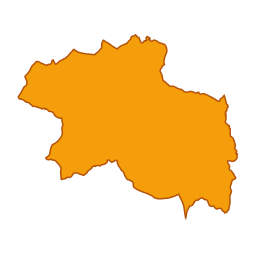 outline of Lolotoe, Bobonaro, East Timor, rotated 177°
{"feature_id": "22284137B16004980931012", "entity_name": "Lolotoe", "entity_type": "district", "adm_level": 2, "iso_a3": "TLS", "parent_name": "East Timor", "parent_adm1": "Bobonaro", "projection": "natural_earth1", "projection_center": [125.249, -9.146], "detail": "fine", "context": "isolated", "style": "filled", "palette": "amber", "viewbox_px": 256, "rotation_deg": 177, "n_neighbors": 0, "source": "geoboundaries", "source_scale": "gbopen_adm2", "svg_char_len": 5754}
<svg xmlns="http://www.w3.org/2000/svg" viewBox="0 0 256 256"><g transform="rotate(177 128 128)"><path d="M75.0,35.3L74.4,37.5L73.6,41.3L73.0,42.6L70.6,46.7L68.5,47.2L67.6,47.7L64.3,52.1L63.8,52.3L61.6,52.3L59.8,53.8L58.6,54.3L57.7,54.2L56.5,53.6L56.0,53.0L55.3,52.5L53.9,52.4L52.9,51.7L52.3,50.8L50.8,46.4L50.4,46.1L49.3,45.5L48.7,45.4L47.2,45.7L46.2,45.2L45.5,43.8L43.8,42.4L43.1,42.4L41.9,43.1L39.6,42.8L39.1,42.5L38.5,41.7L37.8,40.1L36.5,39.5L35.8,38.1L35.0,38.5L34.1,38.6L33.4,39.1L31.4,41.9L31.3,43.7L30.3,46.4L30.1,47.8L29.9,50.2L29.9,53.4L29.8,55.1L28.6,57.5L28.1,59.0L28.0,59.6L28.1,60.3L28.7,61.5L28.9,62.2L29.0,63.2L28.8,64.7L27.7,67.0L27.2,69.2L26.5,70.2L26.0,70.6L23.7,71.7L23.1,72.4L23.1,73.0L24.0,74.1L24.7,76.3L26.2,78.3L26.5,79.0L27.5,80.1L28.6,80.8L28.9,81.3L29.2,82.7L29.1,83.1L28.5,84.0L28.5,84.6L28.8,85.5L30.1,87.6L30.3,88.3L30.3,89.6L30.1,89.9L29.2,90.2L26.1,89.3L24.9,89.2L23.5,89.6L22.7,90.1L21.8,90.8L20.8,92.3L20.6,93.1L20.6,95.2L20.1,96.4L20.9,96.8L21.4,96.6L21.5,96.7L21.6,97.2L20.7,98.9L20.8,99.7L20.9,100.0L21.6,100.5L22.5,101.6L21.7,105.5L23.1,111.2L23.7,112.4L25.6,114.2L26.0,114.4L26.1,114.8L26.3,116.0L26.0,122.0L26.3,122.4L26.6,122.5L26.8,123.1L26.8,123.7L26.7,124.8L27.0,125.3L28.3,125.7L28.6,126.0L29.1,126.9L30.0,127.8L30.4,128.7L30.3,130.1L29.7,131.4L29.7,133.0L29.5,134.1L30.0,134.5L30.0,134.9L29.5,135.0L29.4,135.6L29.4,136.2L29.7,136.7L30.0,136.8L29.7,137.4L29.9,138.1L29.6,138.3L29.4,139.4L29.0,139.9L28.7,139.9L28.5,140.0L28.4,140.6L28.4,141.5L28.3,142.2L27.3,143.4L26.9,144.2L27.4,145.8L28.6,147.2L28.6,148.0L29.5,152.8L30.3,155.5L32.0,153.6L33.9,152.4L34.5,151.8L34.9,150.7L35.4,150.0L36.4,150.0L37.6,150.6L39.3,152.0L43.0,154.4L49.2,157.8L50.7,158.3L51.6,158.3L53.3,158.0L54.1,158.1L54.6,158.3L55.7,160.0L56.2,160.1L57.5,159.4L58.4,159.3L59.0,159.5L61.0,160.6L63.3,161.3L64.2,161.3L65.5,160.9L67.9,160.7L68.9,160.9L69.7,161.2L70.5,161.8L71.2,162.6L72.6,163.7L74.9,164.2L80.1,167.1L81.8,167.4L83.3,167.4L84.1,167.6L85.0,168.2L85.5,169.1L86.0,169.6L86.8,170.1L87.9,171.6L90.3,173.5L90.6,174.0L91.2,178.2L91.7,180.3L92.9,182.5L92.8,184.2L92.5,185.1L91.1,186.6L90.3,188.1L89.6,188.7L88.6,189.1L88.2,189.7L88.8,191.6L88.4,193.8L87.6,196.8L85.3,201.9L85.2,203.9L85.3,205.7L86.0,208.0L86.3,208.6L87.0,209.4L89.4,210.5L92.2,211.4L94.1,212.9L96.2,214.2L97.4,214.4L98.3,214.1L99.3,213.5L100.0,213.4L100.4,213.5L100.8,213.8L101.4,214.9L102.3,215.0L102.7,215.5L101.5,216.5L101.8,217.1L102.5,217.2L102.9,217.4L103.6,218.2L104.1,218.3L104.7,217.8L105.4,216.4L104.8,214.7L104.8,214.2L105.3,213.9L106.5,214.4L107.1,214.2L108.0,213.0L108.7,212.5L109.5,212.3L110.4,212.8L111.0,213.7L111.3,214.4L112.3,217.7L113.8,218.3L115.6,220.7L116.5,220.1L117.0,219.6L118.5,219.5L119.8,218.9L120.9,216.6L121.5,215.7L123.0,214.5L124.0,213.3L124.7,212.7L130.6,210.4L132.0,209.6L134.8,207.5L139.8,210.9L141.2,212.2L143.8,214.1L144.9,214.8L146.1,215.4L147.4,216.7L148.1,216.9L149.0,215.4L149.7,213.9L149.9,212.8L149.9,211.2L150.1,210.3L150.2,209.7L150.7,208.9L152.7,206.7L154.2,205.3L156.2,204.1L156.9,203.2L157.6,203.0L159.7,203.2L163.8,204.0L165.5,204.0L168.8,204.9L170.0,205.1L173.1,206.1L174.1,206.5L174.7,206.9L175.4,207.6L176.2,207.8L177.8,209.4L178.4,209.1L179.0,208.6L180.1,207.1L181.0,206.5L184.1,203.2L187.0,200.9L187.6,200.6L188.4,200.6L189.0,200.0L189.8,199.4L191.5,199.0L192.7,198.5L195.8,195.9L196.9,195.4L198.4,197.6L199.1,199.8L200.0,199.7L200.4,198.9L201.1,196.8L201.8,196.1L202.6,195.6L204.1,195.7L205.1,195.3L205.6,194.9L207.0,195.1L207.9,195.7L211.3,197.3L214.1,199.0L215.9,199.2L216.4,198.9L218.3,196.9L220.2,195.4L220.8,194.6L222.0,192.6L222.9,190.7L225.3,187.7L228.0,185.1L228.2,184.5L226.6,180.0L226.5,178.8L226.6,178.0L227.1,176.4L227.4,175.8L229.6,174.4L230.1,173.9L231.1,172.0L231.6,171.4L232.0,170.5L233.1,168.7L235.9,165.0L235.9,164.4L235.1,163.0L234.7,162.6L233.2,162.5L232.2,162.1L230.1,160.9L228.7,159.3L226.4,158.7L225.5,158.3L224.8,157.7L224.5,157.0L223.0,156.1L222.6,155.2L221.7,154.5L219.7,154.5L218.2,154.0L217.4,153.5L214.0,152.3L213.6,151.9L212.9,151.5L212.0,151.9L211.4,151.9L210.4,152.2L210.1,151.9L209.8,151.0L209.3,151.4L208.3,151.2L207.6,150.6L206.2,148.9L203.2,148.2L202.4,147.7L201.8,147.1L200.3,144.1L198.7,142.8L196.8,141.8L195.2,141.3L194.1,141.5L193.7,141.3L193.5,140.3L193.5,137.6L192.8,134.9L193.6,132.8L194.0,130.4L193.8,126.8L193.9,125.8L194.3,124.3L195.1,122.8L197.5,119.8L199.2,118.2L201.3,116.7L202.3,116.1L203.2,115.9L204.7,114.9L205.5,113.5L206.5,110.7L207.7,105.9L208.0,105.2L208.9,104.3L209.8,103.7L210.9,102.8L211.6,102.6L211.3,101.6L210.6,100.8L207.9,100.4L206.4,100.8L204.9,99.9L203.4,99.7L202.9,99.4L202.0,98.9L201.1,97.9L200.6,97.1L198.5,94.6L197.1,91.7L196.9,90.6L197.6,88.1L197.5,83.4L197.4,80.8L197.2,80.1L193.8,80.7L192.9,80.9L191.4,81.9L188.8,81.7L187.8,82.1L187.2,82.5L186.6,83.1L185.3,85.0L184.7,85.4L183.7,85.8L182.3,85.9L181.6,85.8L180.3,85.4L178.5,84.4L174.4,83.0L174.0,83.6L171.6,85.2L170.0,87.3L168.7,88.3L167.2,89.1L166.4,89.8L165.5,91.0L164.5,91.8L163.5,91.9L162.8,91.3L161.3,92.1L160.3,92.2L159.1,92.1L158.2,91.6L157.7,91.7L156.2,92.7L154.9,92.8L152.7,93.4L151.2,94.4L150.7,95.0L150.4,95.6L150.2,96.7L149.9,97.0L149.4,97.1L148.4,96.8L148.0,96.4L147.4,95.5L145.8,94.6L144.3,95.4L143.3,95.6L142.8,96.0L142.2,96.3L140.9,96.4L140.6,96.1L140.3,93.1L140.0,92.5L139.7,91.4L139.3,90.4L138.5,89.5L137.1,86.6L136.6,85.9L135.1,84.7L134.2,82.5L134.0,81.5L133.8,80.7L131.6,76.9L131.2,76.5L129.8,76.2L129.0,75.6L127.1,74.8L126.4,74.2L125.7,72.7L125.7,70.1L125.4,68.7L124.7,68.0L121.4,65.7L120.1,65.0L116.0,63.1L111.7,61.4L110.6,60.6L107.6,59.1L106.9,58.6L105.5,57.1L104.8,56.7L103.9,56.5L102.8,56.0L101.1,55.7L97.9,55.6L92.5,55.9L89.9,56.2L85.6,57.4L80.9,59.1L77.9,52.1L76.8,48.8L76.3,46.4L75.4,36.6L75.0,35.3Z" fill="#f59e0b" stroke="#b45309" stroke-width="1.5"/></g></svg>